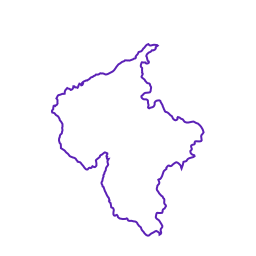 the district of Almenara, Minas Gerais, Brazil, rotated 207°
{"feature_id": "56859067B83482987802169", "entity_name": "Almenara", "entity_type": "district", "adm_level": 2, "iso_a3": "BRA", "parent_name": "Brazil", "parent_adm1": "Minas Gerais", "projection": "albers", "projection_center": [-40.737, -16.13], "detail": "fine", "context": "isolated", "style": "outline", "palette": "violet", "viewbox_px": 256, "rotation_deg": 207, "n_neighbors": 0, "source": "geoboundaries", "source_scale": "gbopen_adm2", "svg_char_len": 5786}
<svg xmlns="http://www.w3.org/2000/svg" viewBox="0 0 256 256"><g transform="rotate(207 128 128)"><path d="M124.1,64.4L123.0,64.3L119.9,61.3L118.3,60.2L116.9,59.0L114.7,57.5L113.7,57.2L111.6,55.1L111.8,54.3L110.5,53.4L109.4,53.2L106.9,49.7L105.8,49.8L104.8,49.8L104.2,49.3L103.5,48.6L103.1,47.7L102.8,46.5L101.9,44.6L100.9,43.8L99.8,43.9L99.2,44.8L98.5,45.5L97.3,45.0L96.6,44.1L95.5,43.8L94.4,43.6L91.3,44.5L88.9,45.9L88.1,46.9L87.2,46.8L86.6,46.1L85.8,45.7L84.8,45.8L82.7,46.9L80.5,47.4L79.3,47.9L78.2,48.0L77.4,47.8L76.6,47.5L75.7,46.7L74.8,46.4L74.2,45.9L71.4,45.3L69.9,43.8L68.9,43.2L66.7,42.4L65.6,41.7L63.0,40.9L62.2,41.0L61.4,41.1L60.6,41.7L59.4,44.5L57.9,46.5L56.9,48.2L56.1,49.1L54.9,49.1L52.9,48.9L52.1,48.3L51.5,47.3L50.8,48.4L50.8,49.6L51.3,50.3L52.6,51.8L52.9,53.0L52.5,55.2L52.9,56.3L54.7,57.6L55.9,58.3L57.5,59.3L58.8,59.9L60.7,60.1L61.8,60.4L62.8,61.2L63.7,64.3L63.7,65.3L63.1,65.9L62.1,66.2L60.1,67.2L59.1,68.0L59.2,69.2L59.7,70.2L59.8,71.2L59.5,72.0L58.9,72.8L58.7,75.7L59.4,76.4L60.6,76.8L61.3,77.2L61.8,77.8L63.0,80.5L63.7,81.3L64.5,81.4L66.2,82.7L67.3,82.7L70.5,83.9L72.2,85.0L73.9,85.8L74.7,86.7L75.0,87.6L75.3,89.1L75.6,89.9L75.4,91.0L75.0,92.2L75.2,93.4L75.9,94.3L77.5,95.7L76.9,96.6L76.2,97.1L75.9,98.2L75.8,100.5L76.5,105.2L76.4,106.3L75.2,109.0L75.8,110.0L75.4,111.9L75.0,112.8L74.2,113.2L73.4,113.1L72.7,113.4L72.1,114.0L71.8,114.7L71.6,115.6L70.8,117.3L70.0,118.7L69.4,119.4L68.1,119.6L66.8,119.4L64.6,118.7L63.7,118.2L62.8,117.0L61.9,116.2L62.4,120.0L63.2,123.0L62.6,123.6L61.7,124.3L61.0,125.1L60.7,127.3L60.1,128.4L59.3,129.3L56.7,131.7L56.3,132.3L55.9,133.1L56.6,133.8L57.6,133.6L58.8,133.5L60.0,133.8L60.8,134.2L61.4,134.9L62.0,135.7L61.5,137.5L61.6,138.3L63.3,140.0L63.7,141.1L63.1,142.2L62.2,142.9L61.5,143.6L61.4,144.4L62.1,145.4L62.0,146.6L61.1,147.2L58.4,148.4L57.6,148.9L56.9,149.6L56.8,150.5L59.1,153.9L59.3,155.0L58.8,157.1L58.7,158.5L60.8,160.6L63.3,162.2L64.9,162.9L67.6,163.7L69.5,163.4L72.4,163.5L73.3,163.0L76.7,160.3L78.2,159.5L80.0,159.2L80.9,159.4L82.6,160.3L83.4,160.6L84.6,160.3L86.8,160.7L88.5,160.4L88.6,159.4L88.0,158.5L88.1,157.8L88.5,157.1L89.3,156.4L90.4,156.3L92.2,156.8L93.0,157.5L94.4,158.5L95.9,158.6L98.5,159.5L99.6,159.7L100.8,159.7L101.9,159.4L102.8,159.7L103.3,160.3L104.2,160.8L105.8,162.3L106.7,162.9L107.5,163.9L111.0,166.2L111.5,166.8L112.5,166.9L113.5,166.4L115.0,165.2L115.6,164.1L115.8,162.7L114.9,161.0L114.8,159.7L115.0,158.6L115.7,157.6L117.3,156.2L118.0,155.2L118.8,155.1L119.6,155.6L119.8,156.8L120.1,157.8L121.4,159.2L122.7,161.4L123.4,161.8L124.7,161.8L126.8,160.8L127.8,160.7L128.7,160.9L129.5,161.2L130.2,161.8L130.5,162.6L129.7,164.5L129.6,165.3L129.2,166.2L128.7,167.0L128.0,167.5L125.6,169.0L124.7,169.8L124.6,171.1L125.3,173.0L125.6,174.1L126.0,174.9L127.6,176.0L128.3,176.9L129.1,177.3L131.2,176.8L132.1,177.0L133.0,177.5L134.1,177.8L135.1,178.6L138.5,179.3L139.2,179.7L139.3,180.6L139.3,182.5L139.7,183.3L140.6,183.6L140.9,184.6L141.9,186.1L142.2,187.1L142.7,187.9L143.8,188.2L144.6,188.8L145.1,189.8L145.3,190.8L145.5,192.0L145.4,192.9L143.6,193.5L142.9,194.0L142.2,194.3L141.4,193.8L140.6,193.9L139.7,194.5L139.1,195.7L139.7,196.7L140.9,196.8L142.2,198.2L143.4,199.7L144.4,200.4L144.6,202.2L143.8,204.6L142.6,206.0L142.2,206.9L141.9,208.2L140.9,208.5L140.1,209.4L139.5,210.4L139.4,211.5L140.0,212.5L139.7,213.4L138.9,214.9L139.7,215.1L142.1,214.2L142.9,213.8L145.2,211.8L146.1,211.5L147.0,211.6L147.9,212.0L148.6,211.2L149.1,210.5L149.4,209.6L150.0,206.6L150.4,205.9L150.7,203.3L151.2,202.2L153.0,200.5L152.9,198.7L153.0,197.8L153.4,196.7L153.6,195.1L152.9,194.2L153.2,193.2L154.2,192.5L154.7,191.5L157.2,188.8L158.1,188.5L158.7,188.1L159.7,187.7L161.4,186.9L161.8,185.8L163.3,184.2L164.4,181.9L165.4,180.4L166.1,177.1L166.2,175.9L166.6,173.2L167.3,171.4L170.6,166.8L172.0,165.6L173.3,165.4L174.4,165.4L175.7,165.0L176.6,164.4L177.5,164.2L178.5,162.4L179.8,161.5L180.8,161.1L181.3,159.6L182.1,158.8L182.8,157.3L183.7,156.6L184.3,155.5L184.5,154.4L185.0,153.5L185.6,152.6L186.0,151.7L186.8,151.5L187.8,150.2L188.4,149.5L189.0,148.5L189.3,147.5L188.3,147.3L188.2,146.5L188.9,146.1L188.4,145.4L189.0,144.8L190.2,145.4L191.4,145.4L191.4,143.2L191.1,142.2L191.2,140.9L192.5,140.8L193.5,140.2L194.7,140.8L195.6,140.4L195.2,139.3L195.1,138.3L195.2,137.4L195.7,136.5L196.4,135.9L197.4,136.3L198.5,136.2L199.5,135.9L200.3,136.0L201.0,133.1L200.8,131.6L200.0,129.8L200.8,129.2L201.9,128.7L203.6,126.8L204.9,125.7L205.2,124.9L205.2,121.8L204.0,121.4L203.4,120.7L202.4,118.6L201.9,117.9L201.9,117.1L202.0,116.2L202.6,115.5L202.8,114.5L203.9,114.5L204.3,113.7L203.9,112.8L203.7,111.8L203.2,111.0L203.6,109.1L203.2,108.1L202.5,107.4L201.4,107.7L200.2,107.8L198.2,106.9L195.5,106.6L193.2,105.1L192.4,104.1L190.2,103.1L188.2,101.8L186.9,99.3L186.8,98.3L185.6,96.7L185.2,95.8L185.0,94.3L184.6,93.5L184.7,92.5L185.2,91.6L185.2,90.4L184.6,88.5L184.7,87.7L184.3,86.6L183.7,85.4L182.0,83.6L180.9,83.3L180.2,82.5L178.6,79.6L174.5,79.2L173.6,78.9L172.8,78.5L171.8,78.1L170.0,77.8L169.0,77.4L167.2,76.5L166.0,76.5L163.7,76.7L162.5,77.0L161.3,77.0L160.3,76.7L159.3,76.0L158.2,75.7L157.6,75.1L155.1,75.7L154.1,75.4L153.0,74.8L150.5,73.8L148.9,72.9L147.0,72.2L146.2,72.2L145.2,72.7L144.7,74.6L144.0,75.3L143.0,75.4L142.5,76.0L142.3,77.8L140.4,77.8L139.7,78.2L139.3,79.1L139.1,80.2L140.1,82.2L141.2,83.7L141.8,84.3L141.9,85.2L141.0,87.1L140.0,89.4L140.3,90.6L139.9,91.6L139.3,92.2L138.0,95.1L137.5,95.8L135.7,96.0L134.9,96.0L134.5,95.2L134.6,94.0L134.4,93.1L133.5,92.9L133.5,92.0L132.8,91.1L131.9,91.2L131.2,91.7L131.2,90.9L131.4,89.8L131.0,88.6L129.8,87.2L129.1,86.5L129.0,85.7L129.4,83.4L129.4,82.2L128.7,80.3L128.7,79.2L128.8,77.8L128.3,76.5L128.5,75.4L128.4,74.6L127.8,73.8L127.5,71.3L127.1,70.2L126.8,69.0L126.9,67.9L126.7,67.0L126.0,66.2L124.8,65.4L124.1,64.4Z" fill="none" stroke="#5b21b6" stroke-width="2"/></g></svg>